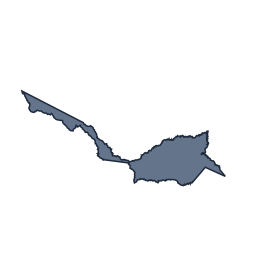 the district of El Paujil, Caquetá, Colombia, rotated 308°
{"feature_id": "7082276B38512916070217", "entity_name": "El Paujil", "entity_type": "district", "adm_level": 2, "iso_a3": "COL", "parent_name": "Colombia", "parent_adm1": "Caquetá", "projection": "albers", "projection_center": [-75.204, 1.773], "detail": "fine", "context": "isolated", "style": "filled", "palette": "slate", "viewbox_px": 256, "rotation_deg": 308, "n_neighbors": 0, "source": "geoboundaries", "source_scale": "gbopen_adm2", "svg_char_len": 5907}
<svg xmlns="http://www.w3.org/2000/svg" viewBox="0 0 256 256"><g transform="rotate(308 128 128)"><path d="M88.3,128.8L100.9,150.1L100.4,150.1L99.9,150.5L100.0,151.3L99.7,151.6L99.5,153.2L97.6,154.2L97.8,155.3L97.6,156.0L98.0,156.5L98.0,158.0L97.6,158.9L97.6,160.1L97.1,160.4L96.9,161.1L95.6,161.5L94.6,162.8L93.9,162.9L93.1,163.9L92.4,163.9L91.0,164.5L90.7,165.0L90.2,165.0L88.7,166.9L90.9,167.8L93.0,167.3L94.4,168.9L95.3,168.8L95.3,169.3L95.7,169.4L96.2,170.3L96.7,170.7L96.8,171.4L97.2,171.5L97.5,172.1L97.4,172.3L97.6,172.3L97.6,173.2L97.8,173.2L97.9,173.6L97.6,174.1L97.7,174.6L98.2,175.0L98.5,176.2L99.0,176.6L99.9,176.6L100.2,177.7L100.7,177.5L101.3,178.2L101.1,178.6L101.6,179.0L101.6,180.3L102.8,180.8L103.1,181.7L102.6,182.8L103.1,183.7L103.2,185.1L103.7,185.5L104.0,185.0L105.4,184.4L105.8,185.8L106.6,186.2L107.1,187.0L108.0,187.1L108.8,187.8L109.3,189.9L110.1,189.9L110.4,190.5L110.9,190.1L111.4,190.4L112.0,191.5L113.1,192.3L113.2,193.4L114.5,194.3L116.1,197.0L116.6,199.8L115.4,201.1L115.7,203.2L115.4,204.0L116.7,207.1L117.6,207.1L117.3,207.3L117.9,207.6L118.1,208.1L119.8,208.9L120.0,208.7L120.2,209.1L121.1,209.0L121.6,209.8L121.2,210.2L122.7,210.5L122.4,211.2L122.7,211.0L123.0,211.6L123.8,211.5L124.1,212.0L125.2,211.8L125.0,212.3L144.6,213.1L149.8,234.4L151.7,226.0L153.4,224.6L153.4,223.8L153.9,223.8L154.3,223.4L154.0,222.4L153.2,221.4L153.5,220.9L153.1,220.7L153.2,220.0L152.7,219.5L153.1,219.3L153.0,218.6L153.5,218.6L154.5,216.5L154.3,216.1L154.6,215.5L154.2,215.0L153.7,213.7L153.8,213.2L153.4,212.8L154.3,211.8L154.3,209.7L153.6,209.5L153.6,209.1L153.9,208.4L154.7,208.2L154.4,207.1L154.7,206.9L154.7,206.3L154.1,206.0L154.6,205.6L154.4,205.3L154.7,205.0L154.4,203.7L153.8,203.5L153.1,202.4L151.8,201.7L152.8,202.0L154.2,201.8L154.8,202.4L155.1,203.5L156.0,204.1L156.8,203.9L158.1,202.1L159.3,201.6L159.9,201.5L160.4,202.0L161.5,202.1L162.8,201.5L163.8,201.5L163.7,200.5L163.9,200.6L164.1,200.4L164.6,200.5L164.9,200.8L165.5,200.8L165.5,200.2L165.9,200.3L166.1,200.0L165.7,199.7L165.9,198.6L166.5,198.1L167.0,198.3L167.2,197.8L167.0,197.6L167.2,197.4L167.4,197.6L167.7,197.0L168.0,197.2L168.4,196.5L168.6,196.8L168.6,196.4L169.0,196.5L169.3,195.9L169.6,196.3L170.0,196.3L170.0,195.9L170.5,196.2L170.9,195.6L170.8,195.0L171.3,194.9L171.3,194.6L171.6,194.9L171.9,194.6L171.5,194.3L172.4,193.4L172.2,193.1L172.4,193.0L172.7,193.3L172.7,193.0L173.3,193.4L173.7,193.3L174.2,193.5L174.8,192.9L174.4,192.5L173.9,192.6L173.7,192.2L172.7,192.4L172.2,192.2L171.7,191.3L171.1,191.4L170.6,191.0L170.2,190.3L170.3,190.0L169.5,189.5L169.2,189.6L169.0,190.2L168.4,190.4L167.9,189.7L167.1,189.5L167.2,189.1L166.5,189.1L166.8,188.6L166.6,188.3L166.1,188.6L166.2,188.3L166.0,188.0L164.4,187.6L164.1,187.4L164.1,186.7L162.2,186.9L161.6,186.5L161.3,186.5L160.9,185.6L160.0,185.1L160.0,184.6L160.4,184.7L160.8,183.8L160.2,183.2L159.9,182.0L159.6,182.0L159.9,181.6L158.7,181.1L158.7,180.7L157.8,180.9L157.6,180.2L157.2,180.0L157.0,178.9L156.7,178.5L156.3,178.6L155.7,178.1L155.9,177.9L155.2,177.6L155.4,176.5L155.8,176.2L155.7,175.6L155.4,175.7L154.8,175.1L154.8,175.4L154.0,174.8L153.2,174.8L153.5,174.5L153.3,173.6L152.4,172.5L152.4,171.9L151.8,172.2L151.2,171.5L151.1,171.8L150.8,171.5L150.4,171.6L149.8,171.0L149.3,171.2L148.1,170.6L147.0,170.7L146.8,171.2L145.9,170.9L145.5,170.2L146.0,169.4L145.4,169.5L145.1,168.9L144.8,169.0L144.6,168.1L144.1,168.0L144.7,167.1L144.3,167.2L144.4,166.9L143.5,166.6L143.4,165.9L143.0,166.1L143.0,165.9L142.1,165.5L141.4,164.3L140.3,163.5L139.3,163.6L138.9,163.2L137.3,163.9L137.2,163.7L136.7,164.0L135.7,163.8L134.4,164.1L133.6,163.5L133.4,163.0L132.4,162.7L131.9,161.5L130.8,161.5L130.8,160.7L130.0,160.9L129.4,160.0L128.8,160.5L128.1,160.2L127.9,160.4L127.8,159.9L127.2,159.6L124.2,160.1L123.8,159.1L123.4,158.9L123.4,158.6L122.9,158.3L122.0,158.5L121.7,159.0L120.5,158.9L120.4,158.5L119.7,158.4L119.4,157.7L119.6,157.1L118.8,156.6L117.9,156.4L116.6,156.5L115.6,155.7L115.1,155.9L114.8,155.4L114.6,155.8L113.8,156.2L113.0,156.1L112.5,156.8L110.3,156.4L109.6,155.5L108.4,154.9L107.8,153.9L106.8,153.2L105.5,153.0L105.6,152.3L105.2,151.8L102.6,150.5L102.3,149.6L102.5,148.3L101.6,146.7L101.6,146.2L101.2,145.9L101.2,145.1L100.7,144.2L100.0,144.0L100.0,143.4L98.9,142.7L99.1,140.7L100.2,139.3L99.6,138.4L99.8,137.0L98.4,136.5L98.6,135.7L97.9,135.3L97.6,133.9L96.7,133.0L97.2,132.7L97.1,132.3L97.4,132.0L98.5,131.9L98.2,130.9L98.9,130.7L98.8,130.0L98.3,130.5L98.7,129.5L99.9,128.4L100.7,128.4L101.3,128.0L100.5,127.1L101.2,126.4L101.5,125.6L100.5,124.6L100.7,123.6L101.5,122.8L101.4,121.9L102.4,121.0L102.2,120.4L100.9,119.6L101.8,117.3L102.0,115.4L101.3,113.3L101.5,111.4L101.1,109.6L101.4,109.3L102.0,109.4L102.8,108.0L104.1,106.6L104.0,106.2L105.0,104.3L105.1,103.2L105.8,102.7L105.9,101.5L106.7,100.4L106.9,98.5L106.4,97.8L106.8,97.2L105.0,96.0L104.4,95.0L104.4,93.8L104.0,93.2L104.4,91.7L104.0,91.3L103.9,90.8L104.7,89.4L91.8,21.6L90.3,23.7L90.4,24.6L91.0,25.7L89.8,26.9L88.1,30.8L87.5,31.4L87.6,32.1L86.5,34.2L87.1,35.1L85.5,36.6L82.6,37.7L81.6,39.5L81.2,41.5L82.1,43.9L82.5,44.3L83.7,44.6L84.0,45.1L85.9,45.3L86.1,45.6L86.6,47.2L88.0,49.4L87.8,51.3L88.5,53.4L89.4,54.3L89.3,56.4L90.1,56.9L90.6,58.7L92.0,58.6L92.4,58.9L91.3,62.1L90.7,63.0L90.5,66.2L92.3,69.9L93.5,71.7L91.6,74.3L91.9,75.7L91.5,76.7L91.5,78.5L90.8,80.1L91.0,81.7L90.5,82.6L90.6,84.4L92.0,86.5L92.4,86.0L93.3,85.8L96.2,86.6L96.7,85.9L98.1,85.4L98.3,86.2L97.8,87.3L97.9,87.8L100.7,88.7L99.8,90.3L99.8,91.9L99.4,92.6L99.2,94.6L98.4,96.8L98.5,97.4L99.5,98.3L99.6,98.9L98.3,101.7L98.6,103.7L97.9,106.1L98.3,108.3L97.9,109.2L98.0,109.7L95.6,111.8L96.0,112.1L95.2,114.1L94.7,114.2L94.5,115.8L94.0,117.1L93.1,116.9L92.7,117.3L92.3,117.3L92.4,117.9L90.3,119.9L89.3,119.7L89.7,120.4L89.6,120.9L89.0,120.8L88.6,121.1L88.0,120.7L87.5,121.0L87.6,123.4L87.2,124.4L87.7,125.5L87.8,126.3L87.4,127.8L87.6,128.2L88.1,128.0L88.4,128.2L88.3,128.8Z" fill="#64748b" stroke="#1e293b" stroke-width="1.5"/></g></svg>